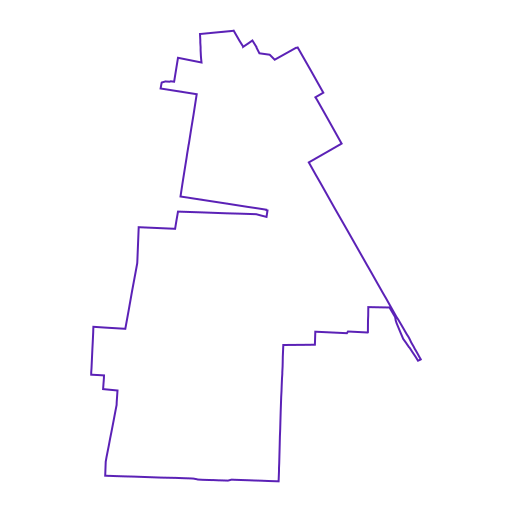 the district of Movila, Ialomita, Romania
{"feature_id": "2599482B79833469589356", "entity_name": "Movila", "entity_type": "district", "adm_level": 2, "iso_a3": "ROU", "parent_name": "Romania", "parent_adm1": "Ialomita", "projection": "mercator", "projection_center": [27.715, 44.486], "detail": "fine", "context": "isolated", "style": "outline", "palette": "violet", "viewbox_px": 512, "rotation_deg": 0, "n_neighbors": 0, "source": "geoboundaries", "source_scale": "gbopen_adm2", "svg_char_len": 3026}
<svg xmlns="http://www.w3.org/2000/svg" viewBox="0 0 512 512"><path d="M420.8,359.4L419.6,357.4L417.6,353.7L416.3,351.4L415.6,350.2L414.9,349.1L413.7,346.7L412.0,343.8L411.2,342.4L410.5,340.9L409.3,338.4L408.3,336.6L406.9,334.5L404.8,330.9L403.9,329.3L400.4,323.3L398.3,319.7L396.4,316.8L392.4,309.7L388.3,302.4L385.9,298.1L385.0,296.6L382.5,292.3L380.2,288.2L377.4,283.3L374.8,278.7L371.7,273.2L368.8,268.1L367.1,265.2L365.3,262.0L362.0,256.2L360.3,253.2L347.2,230.1L334.3,207.6L320.7,183.4L315.8,174.9L308.8,162.4L323.5,154.0L341.6,143.6L327.3,118.0L316.9,99.6L315.4,97.3L318.5,95.5L323.3,92.7L310.6,70.1L297.7,47.5L296.9,47.8L296.0,47.8L274.7,59.7L269.9,54.9L269.6,54.7L259.4,53.3L256.5,47.6L256.5,47.1L252.4,40.5L248.7,43.1L243.2,46.8L243.2,46.7L239.5,40.8L235.7,34.2L233.7,30.7L233.5,30.8L200.0,34.0L200.3,40.2L200.3,42.7L200.6,47.1L200.6,50.2L200.9,56.0L201.1,58.7L201.5,62.5L178.0,57.8L177.9,58.4L174.3,80.6L174.1,81.7L170.7,81.3L169.7,81.7L166.1,81.5L165.6,81.4L161.8,82.5L161.6,82.8L160.6,88.5L196.7,94.2L193.5,114.9L191.1,129.5L188.8,144.2L188.7,144.4L187.9,149.3L187.1,154.1L186.6,157.6L184.4,171.3L182.4,183.9L180.5,196.5L203.9,200.1L227.4,203.7L227.7,203.7L228.0,203.8L247.1,206.8L258.0,208.4L266.2,209.7L266.2,209.9L266.3,210.2L266.5,210.3L267.0,210.4L267.5,210.5L267.0,213.7L266.5,216.9L261.4,215.6L256.2,214.2L241.2,213.7L226.2,213.3L202.1,212.4L178.0,211.6L176.5,220.2L175.1,228.8L156.9,228.0L138.7,227.2L138.7,227.3L138.0,244.7L137.3,262.1L137.2,263.4L135.2,274.3L132.1,290.9L128.5,311.3L126.9,320.1L125.3,328.8L115.3,328.2L105.3,327.6L99.3,327.2L93.4,326.8L93.3,328.9L93.2,332.4L92.7,343.0L92.4,348.7L91.8,361.8L91.5,368.3L91.2,372.6L91.2,374.7L99.0,375.1L104.0,375.4L103.9,378.3L103.7,381.2L103.6,382.2L103.1,389.1L110.3,389.8L117.5,390.5L116.7,402.2L116.6,405.0L115.3,411.7L113.7,420.2L111.5,431.6L110.1,438.6L108.8,445.6L106.5,457.2L105.7,461.8L105.7,462.1L105.2,475.7L109.3,475.9L110.6,475.9L115.9,476.1L118.9,476.2L125.2,476.4L133.8,476.6L136.5,476.7L139.2,476.8L161.2,477.6L176.1,477.9L183.6,478.2L190.0,478.4L192.0,478.5L192.6,478.5L193.5,478.6L194.1,478.7L195.0,478.9L196.7,479.2L197.7,479.5L199.0,479.6L202.6,479.8L208.9,480.0L214.1,480.1L218.0,480.3L221.9,480.4L225.1,480.5L227.8,480.6L228.4,480.5L230.6,479.9L231.4,479.7L231.9,479.7L232.5,479.7L234.8,479.8L240.8,480.0L249.7,480.3L254.5,480.5L261.4,480.7L268.3,481.0L274.5,481.2L277.7,481.3L278.6,481.3L279.0,471.0L279.0,468.1L279.2,463.6L279.3,459.9L279.7,444.9L279.9,436.5L280.2,429.0L280.4,421.5L280.5,418.1L280.7,411.2L281.2,396.7L281.5,391.2L281.7,385.5L282.0,378.4L282.3,373.9L282.3,373.7L282.3,373.1L282.3,372.3L282.6,366.6L282.7,362.8L282.8,356.8L283.3,345.0L308.9,344.8L314.9,344.7L315.3,331.7L346.9,333.2L348.0,331.5L367.7,332.5L367.9,332.3L368.0,320.1L368.2,315.7L368.3,307.1L389.5,307.5L394.8,316.5L395.2,317.4L395.7,320.4L396.6,323.2L400.6,332.8L403.2,338.9L406.3,343.2L407.0,344.3L407.8,345.4L409.0,347.2L409.6,347.7L412.3,351.9L415.6,356.8L418.0,360.7L420.7,359.5L420.8,359.4Z" fill="none" stroke="#5b21b6" stroke-width="2"/></svg>